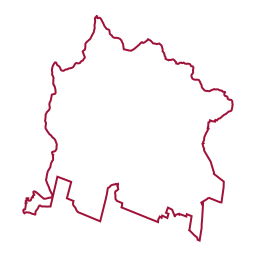 outline of Reforma, Chiapas, Mexico
{"feature_id": "50627088B2456269013516", "entity_name": "Reforma", "entity_type": "district", "adm_level": 2, "iso_a3": "MEX", "parent_name": "Mexico", "parent_adm1": "Chiapas", "projection": "equal_earth", "projection_center": [-93.258, 17.869], "detail": "fine", "context": "isolated", "style": "outline", "palette": "rose", "viewbox_px": 256, "rotation_deg": 0, "n_neighbors": 0, "source": "geoboundaries", "source_scale": "gbopen_adm2", "svg_char_len": 5665}
<svg xmlns="http://www.w3.org/2000/svg" viewBox="0 0 256 256"><path d="M140.1,43.6L139.4,44.5L135.1,48.2L133.5,49.4L131.1,50.7L129.1,50.5L124.6,49.4L124.0,49.4L123.7,49.0L123.1,44.2L121.5,40.7L120.8,39.7L120.0,38.9L118.8,38.3L116.7,37.8L114.3,37.8L113.1,37.2L112.6,36.9L111.8,35.4L110.9,34.9L109.9,33.9L109.7,33.1L109.6,31.5L109.2,30.0L108.9,29.7L106.6,28.9L104.4,26.0L103.4,23.6L101.1,19.2L100.7,18.6L99.5,17.7L98.8,17.8L97.8,18.3L97.2,18.0L96.9,17.0L97.1,15.4L96.3,16.6L95.6,17.3L94.9,18.2L95.2,21.5L94.8,23.5L94.5,25.3L94.7,28.2L94.2,30.0L93.7,32.5L93.1,33.3L92.1,35.2L90.3,38.8L86.1,42.6L85.4,44.0L85.3,47.9L84.8,49.7L83.4,50.7L82.7,51.5L84.1,55.5L84.7,56.6L84.8,57.4L84.7,57.9L83.6,59.1L82.9,60.5L81.4,61.2L80.7,61.7L80.3,62.7L79.4,63.2L77.8,63.4L76.5,63.0L76.0,63.1L75.1,63.9L73.3,67.0L71.8,67.9L70.0,68.3L69.1,68.3L67.3,69.4L66.3,69.4L65.5,69.5L64.6,70.2L63.3,70.8L62.0,70.6L61.6,70.5L61.0,70.0L59.7,67.0L59.4,66.6L57.4,65.1L57.2,65.0L56.3,62.9L55.9,62.5L55.5,62.4L55.1,62.4L54.2,63.5L53.3,65.0L52.8,66.0L52.1,68.5L51.9,70.0L52.3,72.9L52.1,74.3L52.2,74.9L52.9,76.0L53.6,78.0L53.3,79.7L53.4,81.2L53.2,83.3L53.5,84.7L54.1,85.1L54.2,86.0L54.6,86.4L54.7,86.7L55.3,89.0L55.5,90.2L55.6,92.9L55.3,93.5L54.5,94.0L52.0,94.5L51.8,94.7L51.0,99.3L50.5,101.1L49.8,102.2L49.4,103.8L49.4,105.2L49.8,107.4L49.6,108.9L49.1,109.9L47.8,111.2L47.1,111.8L45.6,114.6L45.6,117.3L45.1,120.9L45.3,121.7L45.9,122.5L46.0,123.3L45.9,124.5L45.5,126.4L45.5,127.3L45.7,128.7L46.6,129.9L47.5,131.5L49.0,133.5L49.4,134.2L51.3,135.6L52.2,137.1L53.6,138.1L55.2,139.9L56.8,144.4L56.5,147.0L56.5,148.7L56.1,149.8L55.5,150.7L54.6,151.4L52.7,151.7L52.3,152.0L52.0,152.6L52.3,153.2L52.4,154.2L53.3,154.9L53.2,155.2L52.9,155.8L52.9,156.1L53.1,157.9L53.1,159.9L52.3,160.8L51.3,162.8L51.0,163.8L50.6,165.3L50.5,166.7L50.3,167.2L47.7,171.5L46.7,176.1L46.5,178.2L46.0,179.5L46.0,180.0L47.4,183.9L48.6,186.4L50.2,190.9L50.6,191.3L50.7,191.8L52.0,194.2L52.3,195.1L52.3,196.2L52.0,196.8L51.4,197.3L50.5,197.7L49.3,197.7L45.5,198.7L44.0,198.8L41.0,196.4L38.8,194.4L36.5,192.5L34.7,191.4L33.6,191.6L33.4,191.8L33.4,193.0L33.7,193.6L34.3,194.4L34.4,194.8L33.0,195.6L32.9,196.1L33.1,197.0L33.0,197.4L31.8,197.5L30.8,200.2L30.4,200.5L29.7,200.7L28.6,200.6L28.2,200.3L28.1,200.0L28.3,198.3L26.9,198.2L26.5,198.4L26.6,200.4L25.8,200.8L25.7,201.1L26.2,201.8L26.6,202.9L26.3,203.1L25.8,202.8L25.5,203.0L25.8,204.7L25.5,207.3L25.2,209.1L24.7,209.5L23.7,209.5L23.4,210.0L23.3,210.7L23.4,211.5L24.0,212.9L24.5,213.3L25.8,212.4L26.2,212.3L29.6,212.6L31.7,213.6L35.1,214.6L35.3,214.5L35.4,213.8L35.6,211.5L37.6,208.8L38.4,207.5L38.6,206.7L39.4,205.6L40.0,205.5L40.4,205.6L41.5,206.4L42.4,206.5L42.9,206.4L47.1,206.6L50.5,206.5L57.4,176.7L71.2,181.9L66.9,198.3L73.5,201.0L73.1,202.7L73.0,203.9L73.4,205.3L73.7,205.9L74.9,207.1L75.5,208.0L76.4,210.1L77.7,212.0L100.2,221.3L105.7,199.3L106.9,193.9L107.8,188.3L108.3,187.7L109.3,187.3L109.9,186.7L110.4,186.0L111.4,185.2L113.9,184.4L114.9,184.5L115.4,184.3L115.8,183.9L116.3,184.0L116.7,184.3L118.0,183.8L118.1,184.3L118.0,184.9L117.4,185.9L117.4,186.4L117.5,186.6L117.8,186.5L118.2,189.3L117.6,189.7L117.1,190.4L115.5,191.3L115.3,191.7L115.1,192.9L115.4,195.1L115.5,196.2L115.4,197.0L115.5,198.9L115.6,199.2L116.7,200.5L116.9,200.9L122.2,203.1L122.0,205.6L121.5,207.4L158.0,222.1L158.3,219.4L159.8,216.6L161.6,217.8L162.2,215.6L167.3,218.0L168.5,213.8L166.0,212.8L168.0,207.6L172.2,209.7L174.7,216.2L175.0,216.2L175.5,215.0L175.7,214.9L176.6,214.5L177.8,214.2L178.6,213.8L179.2,213.8L179.5,214.8L180.8,214.4L186.3,216.5L186.8,214.2L191.6,216.1L189.6,228.9L189.1,230.1L189.7,230.6L189.8,230.6L194.2,235.1L196.9,237.3L197.4,238.2L197.6,239.7L199.6,240.6L201.6,228.1L201.7,223.7L202.1,219.8L202.9,206.1L203.0,203.5L202.1,204.4L201.3,202.6L207.5,198.8L208.5,197.7L208.4,197.6L219.6,202.1L221.5,202.4L223.6,187.4L223.8,181.6L213.8,173.8L214.1,172.9L213.1,169.8L210.7,161.7L204.5,151.2L204.0,149.8L204.2,148.9L203.4,147.1L202.5,143.8L203.6,143.3L203.1,142.3L203.2,142.0L204.1,139.9L204.2,137.6L206.0,133.3L207.6,130.6L207.8,129.5L208.4,128.9L207.6,128.5L207.9,127.2L208.2,127.3L208.4,122.5L209.6,122.0L210.0,120.3L212.8,121.4L213.3,121.3L215.1,121.6L215.2,121.2L215.0,120.4L215.5,119.9L217.0,120.4L218.5,118.7L220.1,118.3L223.7,115.1L226.0,113.9L228.6,111.6L230.6,111.1L231.1,110.7L231.5,110.3L231.8,109.5L231.9,108.6L232.3,107.4L232.4,105.7L232.7,104.8L232.6,104.1L232.4,103.9L232.3,101.4L232.0,100.8L231.5,100.1L230.8,99.8L229.7,99.8L228.2,99.2L227.7,98.7L227.5,97.2L227.2,96.7L226.9,96.4L225.3,96.0L224.9,95.7L224.3,94.8L224.3,93.8L224.5,93.2L225.0,92.5L224.7,92.2L224.7,91.9L222.6,91.7L222.4,91.5L222.2,90.9L221.8,90.6L219.8,90.4L218.3,89.5L217.6,89.3L215.2,89.5L214.5,89.1L213.8,89.2L213.1,89.6L211.2,90.2L210.1,91.0L209.2,91.2L205.1,90.7L204.4,90.2L202.1,87.7L201.7,86.6L201.5,84.9L200.6,83.4L200.1,82.1L199.3,80.6L198.8,80.0L198.2,79.8L196.9,79.7L194.7,79.7L193.2,79.2L192.3,78.5L191.5,76.4L191.5,74.8L192.5,73.7L193.1,72.6L193.0,69.8L193.4,68.1L193.4,67.5L192.9,66.5L191.1,66.1L190.2,64.4L189.6,64.0L187.7,63.6L186.9,63.9L186.1,63.8L184.7,63.5L183.7,62.6L182.7,63.0L181.8,63.1L181.2,62.6L179.8,62.8L178.3,63.9L176.9,63.7L176.2,63.5L176.2,62.5L176.1,62.1L175.2,61.5L174.6,60.4L173.1,59.4L172.5,59.4L170.9,60.0L169.1,59.9L168.5,60.2L168.1,59.9L167.0,59.6L165.5,58.8L165.6,57.7L165.4,57.0L164.7,55.9L164.6,55.0L164.3,54.3L164.2,53.2L162.6,51.2L162.7,50.1L162.6,49.2L161.7,45.9L160.8,44.8L159.2,43.5L157.4,44.0L156.5,44.1L155.5,43.6L154.6,43.7L153.8,43.4L152.9,43.3L152.3,42.4L151.4,41.5L150.9,40.8L149.8,40.2L149.0,39.9L148.1,39.2L147.1,40.4L145.4,41.8L144.3,42.5L143.2,42.9L142.8,42.8L142.1,42.2L141.6,42.3L140.1,43.6Z" fill="none" stroke="#9f1239" stroke-width="2"/></svg>